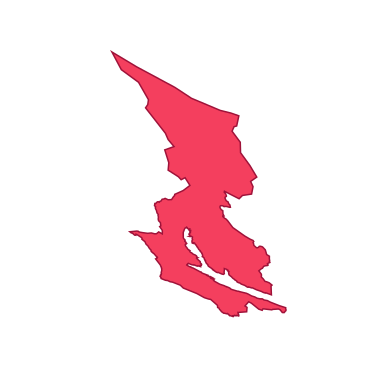 Nesset nor, Møre og Romsdal, Norway (Natural Earth projection), rotated 213°
{"feature_id": "86288312B48311014337711", "entity_name": "Nesset nor", "entity_type": "district", "adm_level": 2, "iso_a3": "NOR", "parent_name": "Norway", "parent_adm1": "Møre og Romsdal", "projection": "natural_earth1", "projection_center": [7.966, 62.59], "detail": "fine", "context": "isolated", "style": "filled", "palette": "rose", "viewbox_px": 384, "rotation_deg": 213, "n_neighbors": 0, "source": "geoboundaries", "source_scale": "gbopen_adm2", "svg_char_len": 6002}
<svg xmlns="http://www.w3.org/2000/svg" viewBox="0 0 384 384"><g transform="rotate(213 192 192)"><path d="M222.5,124.8L220.8,124.6L219.3,125.0L216.8,124.6L216.2,124.7L215.9,125.3L215.6,125.3L215.8,125.9L215.5,125.8L215.5,126.0L215.2,126.3L209.5,126.3L208.7,126.0L208.3,125.1L204.4,124.7L202.1,123.2L199.7,122.8L197.0,121.5L194.6,120.9L194.2,120.2L193.3,119.8L191.9,119.8L191.7,119.6L189.9,119.5L187.5,118.7L186.0,118.6L185.8,118.4L185.8,118.1L185.4,118.2L185.3,117.4L186.1,116.1L178.7,113.5L177.9,112.8L177.2,112.6L176.5,112.0L176.5,111.7L175.8,111.4L174.6,109.6L174.1,108.0L173.6,107.1L173.3,107.1L172.9,106.2L173.2,105.3L173.1,104.9L172.7,104.8L172.8,103.9L171.0,103.1L170.8,102.6L166.2,103.5L164.1,104.5L161.5,104.8L159.2,105.8L151.0,107.5L147.0,106.7L132.6,109.5L124.1,110.1L120.0,111.2L117.8,112.1L108.9,110.8L107.6,109.1L106.2,109.3L104.9,108.5L103.6,108.3L102.2,107.7L99.4,107.6L99.0,107.9L96.2,108.9L96.2,109.3L94.4,109.3L94.1,109.2L93.9,108.9L92.8,108.8L92.5,109.2L89.6,109.9L89.5,110.1L90.2,110.6L88.9,111.6L88.9,111.9L87.6,112.1L87.4,112.8L85.4,113.4L85.7,113.9L85.6,114.3L86.8,114.8L87.7,115.9L87.1,116.0L87.1,116.6L80.9,121.3L83.0,125.2L85.5,125.3L84.7,130.8L81.6,131.1L72.2,130.1L68.7,131.0L68.8,132.7L60.8,136.7L60.5,137.4L55.7,141.0L53.9,141.2L50.6,140.1L49.2,140.9L49.0,141.1L49.1,141.5L48.9,141.9L48.8,143.2L48.6,143.6L48.9,144.3L50.0,145.3L50.4,146.0L57.0,144.2L66.3,142.3L69.6,142.0L72.7,140.7L74.8,140.7L76.7,139.5L79.5,138.4L82.2,138.2L85.4,137.3L89.5,137.0L91.2,136.7L98.0,134.3L98.5,134.3L100.1,133.5L105.6,131.9L106.9,131.7L107.2,132.0L109.0,131.9L111.6,131.4L111.6,131.2L113.9,131.0L118.5,129.8L124.5,129.4L125.9,129.6L126.0,129.9L125.6,129.8L125.8,130.1L125.7,130.4L128.7,130.1L128.7,129.9L129.2,129.8L129.8,130.1L129.0,130.3L128.7,130.6L128.0,130.6L127.8,131.1L127.5,131.3L130.2,131.1L130.1,130.8L130.8,130.8L131.0,130.6L134.4,130.1L134.5,130.4L134.3,130.6L139.3,129.5L140.7,129.8L140.7,129.6L149.8,128.8L151.1,128.4L152.1,128.5L152.1,128.3L154.5,127.9L156.6,127.9L156.6,128.4L156.3,128.4L156.6,128.5L156.4,128.9L156.5,129.6L156.1,129.7L156.1,130.2L152.9,130.8L151.3,131.4L150.7,131.7L150.7,132.0L147.9,132.5L146.9,132.9L146.9,133.3L144.4,134.0L145.1,134.5L145.1,135.0L144.1,135.4L144.3,136.0L144.0,136.0L144.6,136.3L144.6,136.6L144.9,136.8L146.1,137.0L146.9,137.5L147.2,138.1L151.4,138.7L151.7,139.1L152.1,139.1L152.0,139.6L151.5,140.1L152.7,140.0L152.9,140.2L152.6,140.2L152.9,140.6L153.5,140.9L155.3,140.9L156.9,140.5L159.2,140.8L160.5,140.6L161.6,141.0L161.7,141.5L162.0,141.5L161.9,141.7L164.6,141.8L166.1,142.6L167.7,143.0L168.9,144.0L169.0,144.5L169.0,144.8L168.8,145.1L168.8,145.4L168.5,145.4L168.4,146.0L169.5,146.2L169.8,146.6L171.1,146.7L171.4,147.5L171.6,147.4L172.0,148.1L173.3,148.3L174.3,148.8L177.3,153.3L178.1,156.9L178.1,158.2L177.6,158.7L177.4,159.6L176.6,159.5L176.6,159.3L176.2,159.0L174.8,159.0L174.1,159.6L174.1,159.0L172.9,159.1L173.0,158.9L172.3,158.9L172.3,158.7L171.4,159.0L172.1,158.5L173.8,158.8L174.5,158.6L173.6,158.5L171.4,157.4L171.2,157.0L171.7,156.8L171.6,156.5L171.7,155.6L171.5,154.9L170.7,154.9L170.2,154.5L170.0,153.7L170.4,153.2L169.2,153.6L168.8,154.4L167.1,154.5L166.4,152.9L165.6,152.4L165.6,151.6L165.3,150.7L164.5,149.9L164.2,149.9L164.2,149.6L163.7,149.6L163.7,149.4L162.8,149.6L162.7,150.5L162.0,150.6L160.9,149.9L159.7,149.8L159.5,149.5L158.5,149.2L157.9,148.7L157.4,148.8L155.2,147.6L153.1,147.2L153.1,146.9L150.6,146.2L150.3,146.0L150.3,145.8L149.3,145.3L148.7,144.8L148.3,144.1L148.2,143.4L147.0,143.5L145.8,143.2L145.2,142.5L143.5,141.8L143.7,141.6L140.9,139.9L139.3,139.8L139.2,139.5L137.9,138.7L133.9,138.6L131.3,138.3L131.5,138.1L127.9,138.0L126.7,138.3L126.3,138.8L122.5,139.4L120.8,140.0L120.4,141.1L121.5,142.3L122.3,144.1L123.2,145.4L120.8,146.0L120.3,146.0L119.9,145.6L119.4,145.8L119.4,145.4L118.5,145.4L118.7,145.2L117.8,144.9L116.5,143.2L116.1,143.2L115.8,142.7L115.3,142.6L112.8,142.4L110.8,141.9L108.6,141.8L108.3,141.6L106.5,141.7L105.3,141.4L105.3,141.2L103.8,141.2L102.6,141.7L100.6,141.6L96.8,142.4L93.7,142.4L92.8,142.9L92.8,143.2L89.8,144.0L89.2,144.5L84.8,145.1L79.6,146.4L77.4,146.6L75.4,147.2L75.4,147.5L75.0,147.7L69.4,149.0L74.5,156.2L74.2,157.5L77.8,157.9L80.4,157.4L82.1,156.8L84.9,157.9L87.6,158.5L88.5,160.2L89.2,160.9L93.0,162.3L91.9,165.8L91.4,166.3L91.4,168.7L90.4,170.0L88.6,171.5L88.4,171.9L88.4,172.2L89.7,172.9L89.2,174.0L88.3,175.3L89.4,176.0L89.3,176.5L90.8,178.2L92.1,180.3L95.3,180.2L99.0,183.4L102.6,184.3L103.5,184.3L105.4,183.6L106.0,183.0L106.1,181.8L106.7,181.0L107.1,180.6L107.7,180.4L111.0,180.9L112.2,182.2L113.2,182.8L113.2,184.1L114.4,184.6L117.6,184.1L123.6,183.8L138.4,184.4L146.7,187.4L149.1,187.9L150.2,187.7L152.8,188.2L153.1,188.9L152.2,189.4L154.1,190.5L156.0,193.1L157.8,193.1L159.1,193.6L160.4,194.5L160.7,195.4L160.5,196.1L159.3,196.9L158.6,197.2L157.1,197.2L156.9,197.6L155.3,198.6L152.0,199.7L151.5,200.1L153.2,201.8L155.0,202.2L156.2,203.3L158.6,203.3L160.8,204.7L161.4,205.6L160.8,207.1L160.9,207.4L162.8,208.8L164.9,209.4L165.2,210.3L148.8,212.0L147.8,216.6L140.9,222.7L143.7,229.7L148.6,232.8L145.8,239.8L157.8,245.7L172.7,251.4L178.6,260.0L191.5,264.8L192.3,269.7L190.5,271.7L194.2,281.4L202.4,279.4L212.8,275.8L243.5,270.3L263.4,270.4L307.0,266.8L335.4,265.8L317.9,256.1L296.6,254.9L278.8,245.7L276.7,241.2L276.8,237.3L246.3,226.8L240.6,223.0L231.8,220.3L237.8,212.5L227.4,203.9L223.9,197.3L211.7,197.4L207.8,196.4L205.6,200.2L197.3,196.4L200.2,188.4L205.2,180.6L204.7,179.6L205.0,177.7L205.0,174.5L207.8,172.5L211.1,172.0L211.8,170.8L213.1,169.7L213.1,167.6L213.8,166.7L213.9,165.6L215.0,165.5L215.4,165.2L216.1,163.8L216.0,163.2L216.2,162.4L216.9,162.1L216.0,160.1L214.5,159.8L214.1,158.7L213.3,158.0L212.1,157.4L209.9,155.4L208.0,154.7L207.7,153.8L206.6,152.8L205.6,150.9L204.4,149.7L201.8,149.1L199.7,146.6L200.3,145.4L196.6,143.9L195.7,143.3L194.1,140.7L198.2,140.4L199.0,137.8L200.3,136.7L203.8,135.5L206.7,133.2L210.9,131.2L213.7,130.0L214.6,129.7L215.7,129.8L217.0,129.2L222.5,124.8Z" fill="#f43f5e" stroke="#9f1239" stroke-width="1.5"/></g></svg>